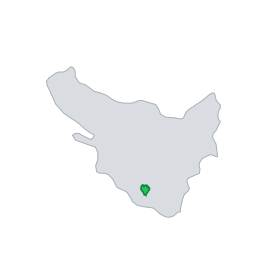 Esperanza, Valverde, Dominican Republic shown in context, rotated 204°
{"feature_id": "3306468B62426802090355", "entity_name": "Esperanza", "entity_type": "district", "adm_level": 2, "iso_a3": "DOM", "parent_name": "Dominican Republic", "parent_adm1": "Valverde", "projection": "robinson", "projection_center": [-70.963, 19.618], "detail": "fine", "context": "in_parent", "style": "filled", "palette": "green", "viewbox_px": 256, "rotation_deg": 204, "n_neighbors": 0, "source": "geoboundaries", "source_scale": "gbopen_adm2", "svg_char_len": 2988}
<svg xmlns="http://www.w3.org/2000/svg" viewBox="0 0 256 256"><g transform="rotate(204 128 128)"><path d="M46.3,171.2L46.6,161.5L47.9,157.6L46.7,153.5L41.0,149.1L37.6,143.4L34.5,138.4L35.2,137.7L41.3,137.4L43.5,135.6L47.6,130.5L48.5,126.3L48.1,123.2L45.4,119.5L44.4,115.5L47.7,112.1L52.1,107.1L52.7,105.2L52.6,103.3L47.5,98.0L47.2,95.7L49.5,90.0L49.3,86.2L47.0,74.3L45.9,72.6L48.1,71.6L49.6,68.1L51.6,64.9L54.2,63.2L57.2,62.2L63.1,62.3L71.3,65.0L73.6,64.9L81.4,62.5L87.9,61.1L94.1,62.7L96.5,64.8L101.6,68.2L104.1,69.2L112.1,69.1L114.3,69.5L121.1,75.1L126.7,77.3L130.0,77.4L135.9,75.2L138.8,75.3L142.1,80.1L142.8,87.0L145.6,93.2L149.9,97.2L171.1,95.5L175.8,98.8L174.2,101.5L171.2,103.0L161.1,102.3L156.7,102.6L155.9,105.3L155.8,107.8L161.7,108.4L167.5,109.7L173.4,111.7L179.4,113.1L186.1,114.0L192.7,115.4L203.8,120.4L216.1,131.5L219.3,134.1L221.5,137.6L220.5,141.9L216.1,149.0L213.7,151.2L210.1,152.6L207.6,155.5L205.3,160.5L203.8,160.9L202.1,160.7L199.1,157.9L197.0,153.6L191.1,149.5L184.1,150.1L173.8,147.7L167.5,148.8L161.2,149.1L154.8,147.9L148.4,147.5L142.0,149.0L135.8,151.6L133.5,153.2L129.5,157.2L127.3,158.7L112.2,160.7L107.8,157.8L103.8,153.8L97.9,153.2L89.5,156.3L84.2,157.5L82.0,158.8L81.4,160.3L81.4,166.0L80.2,169.4L71.9,182.3L67.3,191.5L65.3,194.3L63.1,194.9L59.1,189.7L56.5,187.8L53.3,186.8L51.9,184.0L52.0,180.1L51.1,176.2L49.2,173.2L46.3,171.2Z" fill="#d9dde1" stroke="#a8b0b8" stroke-width="1"/><path d="M87.7,75.1L87.4,74.9L87.2,74.8L87.0,74.7L86.9,74.5L86.8,74.4L86.8,74.2L86.7,74.1L86.4,74.0L86.3,73.9L86.2,73.9L86.1,73.7L85.9,73.5L85.7,73.6L85.4,73.7L85.2,73.7L84.7,73.7L84.4,73.7L84.6,73.9L84.6,74.0L84.5,74.4L84.5,74.5L84.5,75.0L84.4,75.4L84.3,75.5L84.2,75.7L84.2,75.9L84.2,76.2L84.2,76.3L84.1,76.5L84.0,76.9L84.0,77.0L83.9,77.2L83.9,77.3L83.9,77.5L83.9,78.7L83.9,78.8L83.9,79.0L83.7,79.2L83.6,79.4L83.5,79.5L83.4,79.8L83.3,80.0L83.4,80.3L83.4,80.5L83.4,80.8L83.5,81.0L83.6,81.3L83.8,81.3L84.0,81.4L83.9,81.5L83.9,81.8L84.0,81.8L84.3,81.9L84.5,81.8L84.8,81.7L85.0,81.6L85.2,81.9L85.2,82.0L85.0,82.3L85.1,82.5L85.3,82.5L85.5,82.5L85.5,82.4L85.6,82.2L85.9,82.1L86.0,82.1L86.1,81.9L86.3,81.8L86.5,82.0L86.5,82.5L86.6,82.8L86.6,83.1L86.8,83.3L87.0,83.4L87.3,83.3L87.3,83.2L87.4,82.8L87.5,82.7L87.8,82.9L87.9,83.0L88.0,83.1L88.3,83.1L88.3,82.9L88.5,82.8L88.6,82.7L88.8,82.7L89.0,82.5L89.4,82.4L89.5,82.2L89.8,81.9L89.9,81.7L89.9,81.4L89.7,81.3L89.5,81.2L89.6,80.9L89.8,80.8L90.0,80.9L90.1,81.0L90.5,81.4L90.6,81.6L90.9,81.7L90.9,81.8L91.0,81.8L91.2,82.1L91.3,82.1L91.5,82.1L91.5,81.9L91.7,81.7L91.8,81.6L91.8,81.2L91.9,80.9L91.9,80.7L92.0,80.4L92.1,80.2L92.1,79.9L92.1,79.7L92.0,79.4L91.9,79.2L91.9,78.9L91.9,78.7L91.7,78.4L91.5,78.0L91.5,77.8L91.4,77.7L91.2,77.4L91.2,77.2L91.1,76.9L90.9,76.9L90.8,77.0L90.7,77.0L90.4,76.9L90.2,76.9L90.0,76.7L89.9,76.6L89.8,76.4L89.7,76.3L89.5,76.2L89.3,76.0L89.2,75.9L88.9,76.0L88.7,76.0L88.5,75.9L88.4,75.9L88.1,75.5L88.0,75.4L87.9,75.3L87.8,75.2L87.7,75.2L87.7,75.1Z" fill="#22c55e" stroke="#15803d" stroke-width="1.5"/></g></svg>